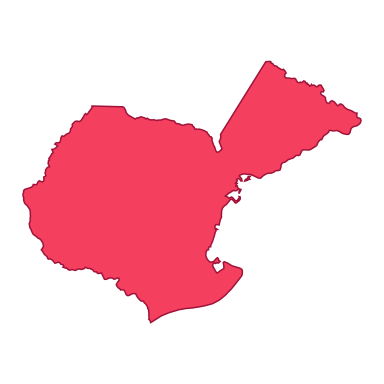 Arroio Grande, Rio Grande do Sul, Brazil (orthographic projection)
{"feature_id": "56859067B21343719092926", "entity_name": "Arroio Grande", "entity_type": "district", "adm_level": 2, "iso_a3": "BRA", "parent_name": "Brazil", "parent_adm1": "Rio Grande do Sul", "projection": "orthographic", "projection_center": [-52.86, -32.195], "detail": "fine", "context": "isolated", "style": "filled", "palette": "rose", "viewbox_px": 384, "rotation_deg": 0, "n_neighbors": 0, "source": "geoboundaries", "source_scale": "gbopen_adm2", "svg_char_len": 5960}
<svg xmlns="http://www.w3.org/2000/svg" viewBox="0 0 384 384"><path d="M238.9,188.9L237.6,187.5L237.3,185.9L235.8,186.2L236.2,184.5L237.2,183.4L235.5,183.1L237.3,180.9L236.7,179.3L237.7,178.6L238.8,178.8L240.0,179.6L240.9,181.0L242.1,180.9L241.4,178.4L239.2,175.9L240.3,174.9L243.3,173.9L245.6,174.0L247.3,174.4L250.7,174.4L257.9,177.8L259.5,178.2L261.2,177.9L262.3,176.4L264.6,174.8L266.9,173.6L269.9,173.1L271.5,173.1L274.5,171.7L275.4,170.9L276.4,170.6L278.1,170.6L280.0,170.0L280.8,167.8L281.2,164.9L282.1,163.3L283.1,162.6L285.0,162.1L286.7,161.0L288.1,159.7L293.3,157.9L295.9,155.6L297.3,155.3L298.5,155.6L300.0,154.9L301.7,150.9L303.1,149.8L308.9,150.0L310.5,149.5L315.7,146.3L317.0,145.0L318.0,142.2L320.6,139.4L321.7,139.7L323.0,136.9L323.9,135.7L327.3,133.4L328.7,132.0L329.1,130.6L330.6,130.4L332.7,130.9L333.8,130.9L336.7,130.5L339.2,131.4L341.9,133.1L343.8,133.8L346.6,134.4L348.3,134.3L349.4,133.6L350.0,132.5L351.1,128.4L353.1,126.8L357.5,125.5L360.0,123.4L360.7,122.0L361.0,120.2L360.5,118.8L359.3,118.1L357.9,117.9L356.7,116.7L357.0,113.1L355.2,113.0L351.6,110.8L347.4,109.3L346.1,108.5L344.4,107.2L343.3,105.6L342.3,104.7L340.9,104.0L339.3,104.3L338.7,105.6L337.4,105.5L334.2,101.8L332.2,100.8L330.5,101.3L329.5,102.9L328.3,103.3L327.2,103.0L325.8,101.1L325.4,97.7L324.3,96.4L321.6,94.9L320.9,93.9L320.7,92.5L321.5,91.5L323.1,92.0L324.0,90.7L323.5,89.3L321.0,85.1L319.8,85.0L318.3,85.5L317.4,86.7L315.9,86.5L314.1,85.1L312.3,85.4L311.5,84.4L310.8,85.5L309.7,86.1L308.3,84.2L307.2,84.4L307.0,83.0L305.6,82.8L305.1,81.4L303.7,80.9L302.9,81.8L301.7,82.6L300.6,82.1L299.1,82.7L297.5,82.3L295.6,79.0L294.6,78.3L291.8,78.6L288.7,78.0L286.9,78.1L285.5,77.6L284.5,76.3L285.0,74.2L286.1,73.2L285.4,71.5L283.6,69.3L282.4,69.7L281.0,69.4L277.7,67.3L276.8,66.3L275.7,65.9L274.4,65.8L272.5,63.5L270.7,63.0L270.9,61.8L269.7,61.4L265.8,61.7L220.6,134.3L220.8,136.6L220.4,139.2L219.2,141.4L222.0,149.0L218.7,152.0L216.9,152.2L215.8,150.7L214.6,146.9L213.8,145.7L211.9,140.3L212.2,138.3L211.4,137.0L209.8,136.5L209.0,135.1L207.7,133.7L206.8,131.9L205.7,131.7L204.8,130.9L201.3,129.6L199.0,129.1L197.5,129.3L196.5,129.0L195.1,129.4L194.1,127.2L192.9,126.3L192.1,124.7L188.6,124.0L184.7,124.7L183.2,125.3L181.9,125.1L178.9,123.8L176.1,123.5L174.2,121.0L170.1,120.3L165.9,118.8L162.7,119.3L161.3,120.0L158.0,120.1L156.8,120.5L154.0,119.8L151.0,119.9L148.9,119.5L147.3,118.2L145.8,118.9L144.9,118.0L141.1,116.8L139.6,117.2L138.7,118.0L137.5,117.8L136.3,118.2L135.3,119.1L128.3,115.1L126.0,112.4L125.7,110.5L124.8,108.9L124.0,107.6L122.9,106.8L92.0,106.0L91.9,107.6L91.0,109.2L88.7,112.1L87.8,113.7L86.4,114.7L85.7,113.6L84.4,114.7L83.9,116.0L81.1,120.5L79.2,121.6L77.3,121.1L75.4,121.3L73.3,123.1L72.2,124.4L72.4,126.5L70.6,128.8L70.2,131.8L68.9,133.2L66.6,134.1L63.7,136.4L62.0,135.9L61.0,137.6L60.3,141.5L59.5,142.6L55.9,142.9L54.8,144.1L57.6,145.7L56.6,147.2L54.4,149.0L51.9,149.4L53.2,152.6L51.7,153.9L50.7,156.0L48.8,158.6L49.5,159.9L48.5,160.6L48.1,163.7L49.5,166.7L47.9,167.2L46.9,168.0L45.5,170.1L45.7,171.4L45.0,172.8L45.9,175.8L44.9,176.5L43.7,177.0L44.0,180.2L43.4,181.3L42.1,181.9L39.2,180.8L37.7,182.3L37.2,183.9L36.2,184.7L33.2,184.5L33.0,185.8L31.8,186.9L30.8,187.5L24.7,189.4L23.6,190.7L23.7,192.1L23.0,193.8L23.1,196.3L23.8,198.0L23.6,199.9L24.5,202.9L25.7,204.4L27.1,205.5L30.0,209.8L30.3,213.1L30.4,216.9L30.1,218.7L30.3,220.5L29.2,223.8L29.9,227.6L31.0,229.4L31.8,231.7L33.3,234.4L36.3,236.5L37.9,238.1L39.2,238.6L40.8,239.8L42.8,243.0L43.3,244.9L43.3,247.0L41.3,249.8L42.4,251.1L44.4,254.4L47.2,256.7L47.6,258.5L48.8,259.2L50.0,258.7L52.4,260.2L55.0,263.3L57.5,262.4L58.9,262.2L59.8,262.9L60.6,264.1L62.9,264.7L63.8,266.0L62.9,267.1L65.9,268.2L67.1,268.3L67.9,269.4L69.5,270.2L72.3,269.5L74.4,270.3L75.6,270.4L78.0,269.1L79.3,268.9L80.5,269.4L81.8,269.4L84.5,268.5L85.4,267.2L87.8,268.4L89.5,268.4L92.7,269.8L93.6,271.1L94.7,271.9L96.6,271.8L97.2,273.1L98.2,273.5L101.5,273.1L104.4,279.2L105.5,279.4L107.0,279.1L108.2,278.3L111.0,277.8L112.7,278.2L113.9,279.2L115.2,279.0L117.7,277.9L119.1,278.4L118.9,280.7L117.9,281.7L116.3,284.4L116.6,285.7L118.4,288.0L119.6,288.6L120.6,290.0L121.9,289.7L123.9,290.1L124.8,291.3L126.0,294.2L126.8,295.2L128.0,295.7L130.7,294.7L131.7,293.8L133.7,293.6L135.7,293.8L137.4,297.2L138.7,298.8L140.5,300.6L141.9,301.2L143.6,301.2L144.2,302.7L145.3,303.6L147.0,305.7L147.5,306.9L147.7,308.5L148.6,309.6L148.6,311.2L149.0,313.9L148.8,315.7L149.2,317.3L148.7,319.1L149.9,320.2L150.7,322.6L161.3,315.9L168.9,312.7L179.1,309.7L185.9,308.5L192.6,307.9L200.7,306.6L205.9,305.5L212.7,303.6L214.0,302.9L218.9,300.3L220.9,298.9L226.2,294.4L227.7,292.5L230.5,289.9L233.3,286.6L241.3,276.4L242.2,274.6L242.4,271.5L242.0,269.5L239.8,268.1L232.0,265.8L227.6,263.1L224.2,261.7L223.2,262.7L223.8,265.4L223.9,268.5L219.7,271.1L218.5,272.2L217.0,273.0L215.8,271.6L213.0,266.6L212.6,265.3L213.0,263.9L214.3,262.9L215.6,263.5L217.0,262.7L218.4,263.1L220.2,261.4L218.7,260.4L218.4,258.7L217.5,257.7L216.4,258.4L213.6,261.6L210.3,262.2L208.8,261.0L207.3,259.4L205.9,256.1L205.8,254.1L206.1,251.8L207.0,250.2L208.6,249.7L208.5,248.1L209.2,246.8L210.7,246.8L210.7,245.4L212.4,241.7L214.6,235.0L215.0,232.9L215.9,231.1L215.7,229.8L217.4,229.5L216.2,228.6L214.9,228.1L214.9,226.3L215.9,224.7L217.5,224.6L219.1,225.0L220.3,219.7L221.6,216.9L221.3,215.2L221.6,213.5L221.5,211.6L222.0,209.4L223.0,207.3L225.1,205.3L226.3,204.6L230.5,199.4L232.0,199.3L233.8,201.0L234.6,202.4L235.9,203.1L238.9,200.9L240.2,199.2L240.2,196.9L239.0,196.6L239.3,198.0L238.3,199.0L237.5,200.3L236.5,200.8L235.0,200.4L232.5,197.5L231.3,197.0L228.8,198.3L227.6,197.0L225.3,196.1L226.5,195.0L227.6,194.6L228.2,193.3L229.8,192.8L232.3,191.0L233.7,190.5L235.4,190.8L236.9,190.5L237.9,189.5L238.9,188.9ZM244.7,181.1L247.4,180.3L248.4,179.6L249.8,179.3L248.7,178.2L250.2,176.4L248.3,176.5L247.0,178.8L245.4,179.5L244.7,181.1ZM238.9,188.9L239.7,190.2L239.0,191.5L238.9,193.6L240.2,191.4L241.0,189.5L238.9,188.9Z" fill="#f43f5e" stroke="#9f1239" stroke-width="1.5"/></svg>